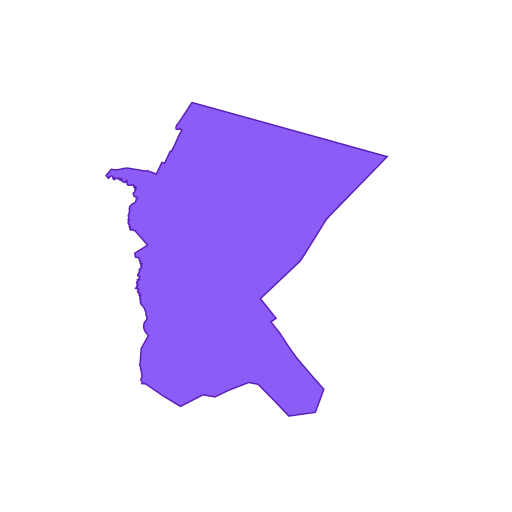 outline of Aa en Hunze, Drenthe, Netherlands, rotated 329°
{"feature_id": "6326949B44247735625274", "entity_name": "Aa en Hunze", "entity_type": "district", "adm_level": 2, "iso_a3": "NLD", "parent_name": "Netherlands", "parent_adm1": "Drenthe", "projection": "orthographic", "projection_center": [6.676, 52.981], "detail": "fine", "context": "isolated", "style": "filled", "palette": "violet", "viewbox_px": 512, "rotation_deg": 329, "n_neighbors": 0, "source": "geoboundaries", "source_scale": "gbopen_adm2", "svg_char_len": 5914}
<svg xmlns="http://www.w3.org/2000/svg" viewBox="0 0 512 512"><g transform="rotate(329 256 256)"><path d="M354.4,169.6L280.2,91.5L276.2,93.3L276.3,93.4L256.1,103.0L255.8,103.0L255.5,102.9L253.8,104.3L253.2,105.5L252.9,106.1L253.2,106.6L255.4,107.8L255.9,107.7L256.2,107.5L256.5,107.5L256.7,107.8L256.9,108.7L257.2,109.0L257.3,109.5L257.4,110.1L257.2,110.5L256.9,110.6L256.4,110.3L256.2,110.3L255.8,110.8L255.6,111.1L255.0,111.3L253.5,112.0L252.3,112.9L251.6,113.2L242.9,119.4L241.9,120.0L241.8,119.9L237.3,122.8L236.3,122.1L225.5,129.4L223.5,127.3L212.7,134.5L211.2,132.3L211.0,132.1L210.9,132.2L209.0,129.6L207.7,128.2L207.0,126.9L206.6,127.2L206.4,127.1L202.9,124.5L192.2,115.3L190.2,113.9L187.9,112.9L181.9,110.9L179.8,109.8L178.4,108.7L176.7,107.1L168.9,109.8L169.0,111.0L169.4,112.3L169.3,113.1L169.6,113.6L169.8,113.6L170.5,113.1L171.0,112.9L171.8,112.9L173.3,112.8L173.5,112.9L173.8,113.7L173.8,114.0L173.8,114.8L174.1,115.7L173.8,116.0L173.3,116.1L173.3,116.4L173.5,117.1L173.8,117.5L174.3,117.7L174.5,117.5L174.6,117.1L174.5,116.0L174.6,115.8L175.0,116.1L175.2,116.6L175.6,117.2L176.6,118.1L177.1,118.3L178.4,118.2L178.6,118.7L178.6,119.0L178.5,119.3L178.1,119.8L178.1,120.0L178.5,120.7L178.7,121.1L179.6,121.2L179.9,120.6L180.3,120.1L180.5,120.2L180.6,120.3L180.5,120.6L180.4,121.4L179.7,122.8L179.8,123.2L180.3,123.9L180.5,124.4L181.5,125.5L181.8,125.5L182.9,125.2L183.2,125.0L183.7,124.4L184.0,124.3L184.2,124.6L184.1,125.0L183.9,125.4L183.1,126.3L183.0,127.6L182.4,128.5L182.5,128.8L183.3,129.8L184.6,130.3L186.2,131.7L186.5,131.7L187.3,131.3L187.5,131.4L187.8,132.4L187.6,133.2L186.8,133.9L187.0,135.0L187.2,135.3L187.5,135.2L187.7,134.9L187.7,134.6L187.9,134.4L188.6,134.5L188.8,134.7L188.8,135.0L188.6,135.4L188.0,135.7L186.9,136.0L186.9,136.3L187.2,136.6L187.4,137.0L186.9,137.3L186.2,137.1L185.9,137.3L185.6,138.1L185.4,138.3L184.5,138.7L183.6,138.7L182.6,139.8L182.5,140.0L182.7,140.3L182.8,140.6L182.3,141.6L182.3,142.1L182.9,143.0L183.3,143.6L183.8,143.7L184.7,144.5L184.6,145.0L184.3,145.3L184.0,145.6L183.7,145.7L182.6,145.5L182.1,146.2L181.3,146.9L180.4,147.6L179.9,147.8L178.5,147.9L176.7,147.7L173.4,148.4L173.2,148.5L172.8,149.2L172.0,149.9L171.2,151.2L170.9,152.0L170.9,152.6L170.3,153.0L169.5,153.4L169.0,154.4L168.5,154.9L167.5,155.3L167.1,156.0L167.0,157.4L166.9,157.7L166.6,157.9L166.0,158.1L165.2,158.9L165.1,159.2L165.2,159.3L165.7,159.5L165.9,159.7L165.9,159.9L165.9,160.0L165.0,160.0L164.8,160.2L164.1,160.9L163.8,161.5L163.2,162.4L163.2,162.6L163.2,162.9L163.5,163.4L163.2,164.3L163.5,164.6L163.3,164.9L162.4,165.8L162.6,166.6L163.1,167.1L163.1,167.3L162.9,167.5L162.7,167.4L162.5,167.1L162.4,167.1L162.2,167.5L162.3,167.7L162.3,167.9L161.8,168.1L161.6,168.3L161.6,168.5L162.0,169.2L162.5,169.5L164.1,169.9L164.2,170.1L164.0,170.3L163.9,170.4L164.1,170.9L164.7,171.5L165.2,171.9L165.7,174.3L167.5,184.3L168.7,190.9L156.6,191.1L153.5,191.2L153.5,191.4L153.5,191.6L152.9,192.5L152.5,194.1L152.1,194.8L152.3,195.4L152.8,195.6L153.3,196.0L153.9,196.3L154.7,197.1L154.3,198.0L154.1,199.0L154.2,199.3L154.4,199.5L153.6,200.6L154.1,201.0L154.0,201.4L153.7,202.1L153.1,202.4L153.0,202.5L153.1,203.0L153.3,203.3L153.7,203.3L154.0,203.1L154.4,203.9L154.4,204.3L154.1,204.4L153.6,204.1L153.0,204.1L152.7,204.3L152.5,204.7L152.5,205.0L152.7,205.5L152.2,205.8L152.2,206.6L151.1,206.9L150.5,207.4L149.6,207.3L148.8,207.5L149.0,208.1L149.1,208.3L148.9,208.6L147.6,209.4L147.1,210.1L146.5,210.2L146.1,210.6L145.7,210.7L145.6,211.1L145.4,211.4L144.8,211.5L144.6,212.0L145.2,212.0L145.3,211.7L145.7,211.9L145.4,212.3L145.4,212.6L145.0,212.5L144.9,212.6L145.5,213.6L145.5,213.8L145.4,214.1L145.5,214.3L144.7,214.9L144.6,215.1L144.3,215.5L144.3,215.8L144.2,215.8L143.8,215.7L143.5,216.0L143.2,215.6L143.2,215.4L142.5,216.0L142.4,215.9L142.3,215.6L142.1,215.5L142.1,216.2L140.7,216.8L140.1,217.2L140.5,217.8L139.8,218.2L139.9,218.9L139.5,218.9L139.4,219.6L139.4,219.8L140.0,219.8L139.9,220.1L139.5,220.3L138.5,220.4L138.4,220.5L138.4,221.2L138.3,221.5L137.9,221.7L137.7,222.0L136.9,221.7L136.9,221.4L136.2,221.7L136.1,221.8L136.3,222.0L137.1,222.2L137.8,222.8L137.8,223.0L137.5,223.2L137.8,223.4L137.9,223.6L138.4,224.2L138.1,224.3L137.8,224.1L137.2,224.8L137.0,225.5L136.9,225.6L136.7,225.7L136.4,225.5L136.2,225.5L136.3,226.0L136.8,226.5L136.7,227.0L136.4,226.8L136.1,226.9L136.1,227.1L136.2,227.3L136.8,227.7L136.9,227.8L136.8,228.2L136.4,228.6L136.2,229.2L135.9,229.2L135.7,229.6L136.0,229.8L136.4,229.7L136.9,229.9L137.1,230.1L137.1,230.3L137.0,230.5L135.8,230.2L135.6,230.3L135.5,231.1L135.3,231.6L135.4,232.0L134.9,232.3L134.7,232.6L134.7,232.9L135.0,233.0L134.8,233.4L134.2,233.5L134.1,234.1L134.3,234.6L134.3,234.8L133.5,235.9L133.1,235.8L132.7,236.9L132.7,237.6L132.7,238.8L133.2,240.7L133.3,241.3L133.4,241.8L133.2,243.7L133.2,244.4L133.0,244.8L132.8,246.7L132.7,247.3L132.3,248.2L131.5,249.5L131.3,250.0L131.2,251.4L131.1,252.0L130.7,252.8L130.3,253.3L129.8,253.9L129.1,254.4L126.6,255.3L125.5,256.0L124.7,256.8L124.3,257.3L123.4,258.6L122.8,259.6L122.3,261.5L122.2,262.6L122.1,263.9L122.3,265.9L122.8,268.5L122.7,268.6L122.7,268.8L109.8,276.3L104.7,283.7L102.6,286.5L101.0,289.0L100.7,289.0L100.3,289.2L100.3,289.6L100.0,289.9L99.8,290.3L100.0,290.8L100.0,291.1L100.0,291.4L99.9,291.6L99.3,293.0L99.1,293.0L98.8,294.0L98.6,294.4L98.6,294.6L98.6,295.0L98.3,295.8L98.2,296.1L98.0,296.3L97.8,297.1L97.6,297.3L97.6,297.9L97.0,298.7L96.9,299.2L96.7,299.5L95.9,301.2L95.7,301.3L95.5,301.2L93.6,302.6L93.5,302.9L93.5,304.7L93.6,305.8L92.4,306.5L95.6,308.9L104.4,328.2L113.7,346.0L139.1,347.7L148.3,355.7L162.6,356.9L184.5,360.6L191.7,367.0L196.9,388.4L201.7,410.1L226.4,420.5L245.5,405.2L241.9,385.6L238.4,364.3L237.3,351.2L236.7,334.5L234.8,320.2L241.1,319.8L237.8,294.8L291.2,283.1L300.5,278.6L333.6,261.6L334.0,261.4L334.0,261.1L335.1,260.8L335.1,261.0L336.7,260.4L337.4,260.2L337.5,260.3L337.7,260.0L419.6,238.4L354.4,169.6Z" fill="#8b5cf6" stroke="#5b21b6" stroke-width="1.5"/></g></svg>